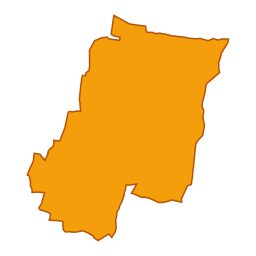 the district of Chumayel, Yucatán, Mexico
{"feature_id": "50627088B77720764307123", "entity_name": "Chumayel", "entity_type": "district", "adm_level": 2, "iso_a3": "MEX", "parent_name": "Mexico", "parent_adm1": "Yucatán", "projection": "albers", "projection_center": [-89.289, 20.471], "detail": "fine", "context": "isolated", "style": "filled", "palette": "amber", "viewbox_px": 256, "rotation_deg": 0, "n_neighbors": 0, "source": "geoboundaries", "source_scale": "gbopen_adm2", "svg_char_len": 2728}
<svg xmlns="http://www.w3.org/2000/svg" viewBox="0 0 256 256"><path d="M218.6,62.6L219.2,61.0L220.5,57.4L221.4,53.0L224.7,47.7L225.5,46.4L227.4,43.5L228.0,41.3L228.7,39.2L225.0,39.0L222.8,38.9L220.5,39.3L218.1,40.1L213.8,38.8L213.2,38.5L208.8,40.5L207.7,40.5L201.2,38.8L200.5,38.4L197.6,38.7L196.0,38.8L187.8,38.1L185.8,37.4L171.6,35.8L165.7,34.2L159.1,33.1L156.5,33.7L154.6,33.1L153.6,33.1L152.3,32.3L150.7,32.4L148.1,32.2L146.3,32.1L145.7,26.2L138.0,25.2L129.6,24.0L113.9,15.4L111.1,34.2L114.6,36.1L119.9,37.2L119.9,38.8L119.6,40.2L119.3,40.5L116.5,39.8L114.4,39.7L108.0,38.6L107.2,37.1L102.1,37.6L94.6,40.7L89.5,50.1L89.5,53.9L89.6,66.2L89.1,70.0L88.2,71.1L85.9,72.9L85.5,75.6L82.5,75.4L82.0,77.9L81.8,78.2L81.5,80.2L80.7,86.4L79.3,100.2L79.9,102.1L80.3,107.9L80.7,110.1L80.8,111.5L79.1,111.2L77.9,110.9L73.5,111.7L72.8,111.8L72.1,111.9L70.7,111.6L69.7,111.5L68.6,111.9L68.2,112.5L68.0,113.3L65.5,124.8L65.0,127.4L64.8,127.9L59.8,141.0L53.8,140.3L53.9,143.3L53.2,146.2L52.4,146.9L51.4,147.8L50.1,148.8L49.1,150.1L48.3,151.1L48.0,152.4L48.0,153.7L47.7,153.8L47.5,154.7L45.6,158.9L45.1,160.4L43.5,159.2L43.7,158.4L41.8,157.0L41.7,156.8L41.7,156.7L40.5,154.7L39.9,154.3L35.6,153.5L35.4,153.5L35.2,153.5L34.2,153.3L33.5,159.7L33.4,160.7L31.6,165.0L30.4,167.4L28.2,172.5L27.3,174.9L28.3,175.4L29.2,175.9L30.6,182.9L30.3,185.9L31.4,187.7L32.1,190.1L32.1,191.5L32.1,192.4L37.6,192.1L44.5,192.6L42.0,201.8L41.9,202.9L41.4,203.8L40.9,205.0L40.3,205.5L38.9,207.9L40.1,209.9L43.8,210.8L50.2,213.3L50.4,214.5L50.1,217.3L49.2,220.1L52.6,220.4L54.6,220.6L55.8,220.5L57.4,220.5L59.4,220.9L62.7,221.3L62.9,222.9L63.2,229.7L65.4,231.9L68.3,231.8L70.0,231.8L72.5,232.1L75.4,232.1L75.8,232.1L83.0,230.8L88.2,233.0L90.4,234.4L91.2,234.8L91.7,235.1L93.0,235.7L94.1,237.9L98.1,240.6L109.0,233.9L111.8,237.5L115.0,232.3L116.2,228.3L115.6,219.9L116.7,215.9L116.7,213.7L116.8,212.7L117.9,210.4L118.3,210.0L118.6,209.7L118.7,209.1L119.0,208.6L119.2,207.3L119.6,206.2L120.9,203.5L121.1,203.1L121.9,201.7L122.8,198.9L123.8,196.2L124.6,191.5L125.1,190.8L125.5,189.8L125.4,189.4L126.1,184.9L127.1,185.1L129.7,185.1L131.5,184.8L133.0,184.5L135.1,184.1L136.7,184.1L135.9,185.4L134.9,187.2L133.6,189.5L131.4,193.1L133.6,193.9L135.7,194.7L138.8,196.1L141.0,197.0L142.5,197.4L144.7,197.3L148.6,198.0L152.8,199.8L158.5,202.5L160.2,202.5L163.3,202.5L167.4,201.4L171.9,200.0L181.7,202.2L181.4,199.2L184.8,191.6L187.4,185.8L191.2,184.5L192.4,177.1L192.8,172.3L192.9,171.1L193.5,166.4L195.7,144.4L197.7,140.7L202.6,135.5L204.5,125.6L203.6,121.0L202.9,116.2L203.4,114.4L203.6,111.3L203.7,110.6L201.9,106.2L202.5,102.4L204.9,92.9L206.1,85.0L206.8,83.5L219.6,72.6L218.8,68.4L218.6,66.8L218.8,64.8L218.6,62.6Z" fill="#f59e0b" stroke="#b45309" stroke-width="1.5"/></svg>